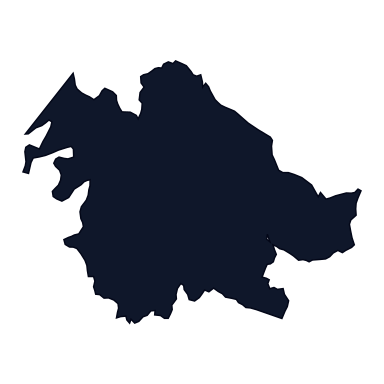 Rio Branco do Ivaí, Paraná, Brazil (Equal Earth projection)
{"feature_id": "56859067B77657605761847", "entity_name": "Rio Branco do Ivaí", "entity_type": "district", "adm_level": 2, "iso_a3": "BRA", "parent_name": "Brazil", "parent_adm1": "Paraná", "projection": "equal_earth", "projection_center": [-51.343, -24.343], "detail": "fine", "context": "isolated", "style": "filled", "palette": "ink", "viewbox_px": 384, "rotation_deg": 0, "n_neighbors": 0, "source": "geoboundaries", "source_scale": "gbopen_adm2", "svg_char_len": 3160}
<svg xmlns="http://www.w3.org/2000/svg" viewBox="0 0 384 384"><path d="M88.4,276.5L93.6,276.5L94.9,281.1L93.6,286.8L94.8,290.4L95.7,294.2L99.7,294.6L104.0,298.1L108.6,297.9L113.8,300.0L118.0,303.6L118.6,308.2L117.5,312.4L116.5,317.9L120.6,316.6L125.9,316.1L126.9,320.0L129.6,323.1L131.0,319.2L134.7,323.1L138.8,321.4L143.0,316.8L147.2,315.3L150.8,310.9L155.1,310.5L154.7,314.9L160.5,315.5L164.4,318.3L168.2,318.3L170.5,313.7L172.2,309.6L171.8,305.1L174.0,302.2L176.4,298.9L176.0,294.6L177.4,288.5L180.8,283.5L183.7,285.4L184.2,289.6L187.7,294.4L189.2,299.6L194.6,301.0L199.3,297.6L201.8,294.2L204.6,290.0L208.9,291.8L213.6,288.1L218.3,291.5L222.4,293.7L225.5,297.1L231.8,298.3L236.4,299.4L238.5,302.6L242.5,304.6L245.9,307.5L250.4,307.9L256.4,309.6L281.9,318.5L285.0,311.1L287.3,306.6L288.6,300.7L284.4,294.3L283.1,288.6L277.4,289.4L274.0,287.5L269.8,288.7L267.8,283.6L269.2,279.8L266.4,278.3L262.1,277.1L263.5,273.3L265.4,268.3L267.2,264.3L270.3,263.9L273.3,261.8L274.5,257.9L276.3,254.4L274.5,249.8L272.9,244.8L276.6,246.4L279.7,248.7L283.9,249.8L290.0,253.5L293.5,255.9L298.6,260.2L303.0,259.6L306.3,260.4L309.1,261.8L312.4,260.0L320.3,259.4L325.6,258.9L329.7,256.7L333.3,252.9L337.9,250.4L342.4,252.6L345.7,250.4L351.6,247.4L354.3,244.8L352.0,237.8L350.6,230.9L349.4,224.3L350.8,220.0L356.1,215.2L355.7,208.9L356.1,203.2L358.0,197.8L361.0,190.8L358.0,189.1L354.8,192.5L351.2,193.2L346.3,193.0L335.6,195.8L330.1,198.0L326.0,199.1L320.5,192.5L318.2,196.8L311.6,185.0L301.8,177.6L294.2,174.5L288.3,172.6L282.8,172.6L278.6,170.2L274.3,159.5L272.1,154.9L271.5,146.1L272.4,140.4L270.3,137.1L258.3,129.9L248.3,123.2L243.5,119.0L237.6,113.8L234.5,111.2L231.5,109.9L225.0,107.2L220.7,105.1L217.9,102.5L215.1,99.7L210.2,90.8L208.6,86.8L205.7,83.3L202.7,87.1L202.4,81.8L200.7,74.8L196.7,76.2L193.1,74.8L191.1,71.6L186.3,65.7L182.0,63.7L175.6,60.9L173.0,63.6L168.3,61.9L163.6,64.2L161.7,68.1L158.5,67.7L154.9,68.6L151.6,71.2L148.0,73.7L143.5,74.8L140.7,76.6L141.1,82.9L144.1,87.1L140.1,92.5L139.2,99.9L142.2,103.2L141.8,109.3L140.7,113.4L138.1,118.9L136.3,115.4L130.3,112.2L122.0,111.9L119.7,108.2L117.7,104.0L116.5,100.3L116.3,95.5L112.6,91.8L108.2,89.8L104.8,88.3L102.1,90.8L99.4,95.7L93.9,99.7L89.4,96.8L85.6,95.1L81.6,92.9L77.1,89.0L75.2,85.1L74.4,79.0L73.1,73.3L25.3,134.0L28.3,133.8L35.9,127.8L41.8,125.6L45.5,122.9L48.9,120.0L51.9,121.8L50.8,126.9L46.1,136.2L43.0,141.5L39.4,149.0L29.4,144.9L25.8,147.3L24.9,151.7L26.0,161.7L25.3,165.8L23.0,171.9L28.5,173.4L31.0,162.5L33.2,158.0L39.3,156.9L45.5,155.4L52.8,152.6L58.4,150.1L67.3,147.3L71.2,146.4L73.4,149.0L73.7,157.1L68.0,158.9L64.1,158.4L59.0,157.1L55.7,159.1L53.8,163.2L55.6,166.4L59.6,170.2L61.3,175.0L60.6,180.2L58.4,185.2L54.9,188.7L52.4,191.4L53.2,196.5L56.7,198.9L61.9,201.1L68.7,197.5L74.2,189.1L81.1,184.7L84.1,181.7L87.1,180.4L90.1,179.7L90.0,185.7L88.9,189.7L88.2,195.2L86.3,200.2L81.4,206.7L80.0,211.8L80.9,218.7L82.7,222.6L83.4,226.7L78.8,233.9L74.3,235.0L71.5,236.4L68.6,237.4L63.9,239.6L65.2,244.4L69.5,247.0L73.3,247.1L76.9,248.5L80.9,253.7L85.0,260.3L86.9,265.4L87.4,270.5L88.4,276.5ZM269.9,241.8L266.6,239.2L267.4,234.2L269.9,241.8Z" fill="#0f172a" stroke="#020617" stroke-width="1.5"/></svg>